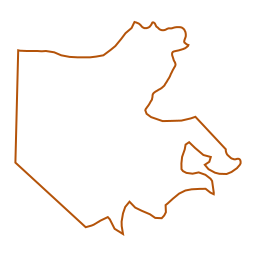 En Pois Doux/Babonneau, Castries, Saint Lucia
{"feature_id": "8701671B38196244900111", "entity_name": "En Pois Doux/Babonneau", "entity_type": "district", "adm_level": 2, "iso_a3": "LCA", "parent_name": "Saint Lucia", "parent_adm1": "Castries", "projection": "mercator", "projection_center": [-60.937, 13.989], "detail": "fine", "context": "isolated", "style": "outline", "palette": "amber", "viewbox_px": 256, "rotation_deg": 0, "n_neighbors": 0, "source": "geoboundaries", "source_scale": "gbopen_adm2", "svg_char_len": 5507}
<svg xmlns="http://www.w3.org/2000/svg" viewBox="0 0 256 256"><path d="M153.6,22.5L153.3,22.4L153.0,22.4L152.7,22.4L152.3,22.6L152.2,22.8L152.0,23.2L151.7,23.8L151.5,24.3L151.2,24.8L150.5,25.7L150.3,25.9L150.2,26.1L149.8,26.6L149.5,26.9L149.1,27.1L148.8,27.3L148.5,27.4L148.2,27.6L147.7,27.8L147.3,27.9L147.0,28.0L146.6,28.1L146.4,28.1L146.0,28.1L145.7,28.1L144.6,28.1L144.2,28.1L143.9,27.9L143.6,27.8L143.4,27.7L143.2,27.6L142.7,27.3L142.3,27.0L142.0,26.8L141.9,26.7L141.4,26.1L141.2,25.8L140.7,25.3L140.5,25.0L140.3,24.9L140.0,24.6L139.7,24.3L139.3,24.0L138.8,23.6L138.6,23.5L138.4,23.4L137.9,23.2L136.7,22.7L136.4,22.6L136.0,22.4L135.9,22.4L135.4,22.3L134.5,22.0L133.5,24.0L131.6,28.0L125.5,33.2L121.3,38.8L115.3,46.1L110.5,50.0L103.4,55.3L96.1,56.6L90.3,57.3L76.9,57.3L69.6,56.9L61.2,55.3L54.2,52.3L45.9,51.0L41.7,51.3L37.3,51.0L26.7,51.0L20.0,50.7L18.2,50.3L15.4,162.6L85.7,227.2L91.5,225.6L93.7,224.7L100.5,220.6L107.8,217.1L109.8,219.3L114.6,228.8L123.0,234.0L121.7,226.1L121.6,221.6L123.0,213.4L125.2,207.0L129.5,201.7L135.2,207.6L141.8,210.8L150.0,214.3L155.2,217.9L161.7,218.2L164.2,215.5L165.9,212.2L165.6,205.1L167.5,203.6L172.9,198.7L179.1,193.6L185.4,190.5L191.7,189.3L199.4,188.9L205.6,188.8L210.4,192.6L213.7,194.2L213.8,192.9L213.5,190.8L213.0,187.3L212.1,181.0L210.6,178.8L205.4,174.8L198.7,172.4L192.6,173.7L186.4,172.9L183.0,171.1L181.5,169.2L181.4,163.4L182.1,156.9L184.7,149.5L185.6,144.6L189.1,142.2L195.0,147.9L203.4,155.0L210.8,157.0L209.3,161.8L204.8,164.8L208.5,169.2L215.0,172.7L219.4,173.8L226.6,174.0L231.5,172.0L237.2,168.0L237.5,167.5L237.6,167.3L237.7,167.2L238.1,166.9L238.7,166.1L239.3,165.5L239.7,165.0L239.8,164.8L239.9,164.6L240.1,164.3L240.2,164.1L240.3,163.9L240.5,163.5L240.6,163.2L240.6,162.9L240.6,162.7L240.6,162.3L240.6,161.7L240.5,161.1L240.4,160.8L240.3,160.5L240.3,160.3L240.2,160.1L240.0,159.8L239.8,159.5L239.6,159.3L239.3,159.1L238.9,158.9L238.5,158.8L237.9,158.8L237.4,158.8L237.2,158.8L236.9,158.9L236.2,159.1L235.8,159.2L235.5,159.3L234.3,159.3L234.1,159.3L233.7,159.2L232.9,158.9L231.9,158.6L231.5,158.4L231.0,158.1L230.8,157.9L230.5,157.7L230.1,157.3L229.0,156.3L228.7,156.1L228.4,155.7L228.2,155.6L227.7,155.1L227.3,154.7L227.2,154.6L226.9,154.1L226.5,153.3L226.4,153.0L226.3,152.7L226.2,152.5L226.2,152.3L225.9,151.4L225.8,150.8L225.8,150.2L225.8,149.8L225.8,149.3L195.4,116.8L190.8,118.4L181.4,120.6L171.2,120.9L162.6,121.1L151.1,117.1L146.6,113.8L145.3,110.3L145.3,110.2L145.5,109.7L145.7,109.2L145.8,108.9L146.3,108.3L146.4,108.2L146.9,107.4L148.0,106.0L148.2,105.6L148.5,105.3L149.5,103.7L149.7,103.3L149.9,103.0L150.1,102.6L150.3,102.2L150.6,101.7L151.0,101.0L151.3,100.7L151.6,100.2L151.7,99.9L151.9,99.6L152.0,99.4L152.0,99.1L152.2,98.2L152.4,97.3L152.5,96.8L152.5,96.6L152.5,95.8L152.6,95.4L152.7,94.8L152.7,94.6L152.8,94.3L152.9,94.1L153.1,93.9L153.3,93.5L153.6,93.1L153.9,92.8L154.1,92.7L155.1,91.9L155.5,91.6L155.8,91.4L156.1,91.3L156.8,90.9L157.3,90.6L157.8,90.3L158.5,89.8L158.9,89.6L159.5,89.3L159.9,89.1L160.1,89.0L160.3,88.9L160.6,88.7L160.9,88.5L161.3,88.2L161.8,87.9L162.2,87.5L162.3,87.4L162.9,86.9L163.8,86.1L164.3,85.6L164.5,85.4L164.6,85.2L164.8,84.7L165.3,83.9L166.1,82.7L166.9,81.5L167.0,81.3L167.4,80.6L167.6,80.2L168.5,78.8L168.6,78.6L168.9,78.2L169.3,77.5L169.4,77.3L169.7,76.7L169.9,76.4L170.1,75.9L170.2,75.6L170.4,75.2L170.6,74.6L171.0,73.7L171.8,72.2L172.2,71.3L172.6,70.5L172.7,70.3L173.0,69.7L173.3,69.2L173.6,68.7L173.9,68.2L174.0,67.9L174.7,66.8L174.9,66.5L175.0,66.3L175.2,65.9L175.4,65.2L175.5,64.8L175.5,64.3L175.5,64.1L175.4,63.8L175.3,63.6L175.1,62.7L174.8,62.1L174.3,61.3L174.0,60.7L173.8,60.4L173.7,60.0L173.5,59.5L173.4,58.9L173.1,58.1L172.9,57.4L172.7,56.8L172.3,55.7L172.1,54.9L172.1,54.5L172.1,53.9L172.1,53.6L172.1,53.4L172.2,53.0L172.3,52.7L172.5,52.4L172.7,52.2L172.8,52.0L173.0,51.9L173.3,51.7L173.5,51.6L173.8,51.5L174.4,51.3L174.9,51.2L175.5,51.1L176.1,50.9L176.9,50.8L177.1,50.7L177.3,50.7L177.7,50.6L178.7,50.4L179.0,50.3L180.3,49.9L180.6,49.8L181.1,49.7L182.0,49.4L182.6,49.2L183.0,49.1L183.4,49.0L183.9,48.7L184.1,48.7L184.3,48.6L184.6,48.4L184.8,48.3L185.0,48.3L185.6,47.9L186.1,47.5L186.4,47.3L186.7,47.1L186.9,46.9L187.0,46.8L188.0,46.0L188.4,45.0L188.1,44.9L187.5,44.7L187.1,44.5L186.9,44.4L186.6,44.2L186.4,44.1L186.0,43.8L185.1,43.0L184.6,42.7L184.4,42.4L184.3,42.1L184.2,41.7L184.2,41.3L184.2,41.1L184.3,40.9L184.5,40.0L184.5,39.9L184.6,39.7L184.8,39.1L184.9,38.9L185.0,38.5L185.3,37.9L185.4,37.4L185.6,37.0L185.7,36.6L185.8,36.0L185.8,35.2L185.8,34.6L185.8,34.2L185.7,33.8L185.7,33.3L185.6,32.8L185.5,32.6L185.4,32.0L185.3,31.7L185.2,31.5L184.8,30.8L184.5,30.1L184.3,29.7L184.2,29.6L184.0,29.3L183.7,29.1L183.5,28.8L183.1,28.5L182.9,28.3L182.4,28.0L182.3,27.9L181.8,27.6L181.5,27.5L181.3,27.4L181.1,27.4L180.7,27.3L180.4,27.2L179.8,27.2L179.6,27.2L179.4,27.1L179.0,27.1L178.3,27.1L176.9,27.1L176.4,27.2L176.1,27.2L175.6,27.3L174.8,27.4L173.7,27.7L173.3,27.8L173.0,27.9L172.3,28.2L172.0,28.2L171.6,28.3L171.2,28.4L170.8,28.4L170.6,28.4L170.4,28.4L170.1,28.3L169.7,28.3L169.2,28.3L168.9,28.3L168.3,28.4L168.1,28.5L167.6,28.7L167.2,28.8L166.0,29.5L165.3,29.8L165.0,29.9L164.8,30.0L164.6,30.0L164.3,30.1L163.6,30.2L163.3,30.2L163.1,30.2L162.7,30.2L162.3,30.2L162.0,30.2L161.3,30.0L160.9,29.9L160.6,29.8L160.2,29.6L159.6,29.3L159.3,29.1L159.0,28.8L158.4,28.2L158.0,27.8L157.7,27.5L157.4,27.3L157.2,27.2L156.6,26.7L156.4,26.6L156.2,26.3L156.2,26.2L155.9,25.7L155.7,25.2L155.1,24.0L154.9,23.5L154.8,23.4L154.3,23.0L153.8,22.6L153.6,22.5Z" fill="none" stroke="#b45309" stroke-width="2"/></svg>